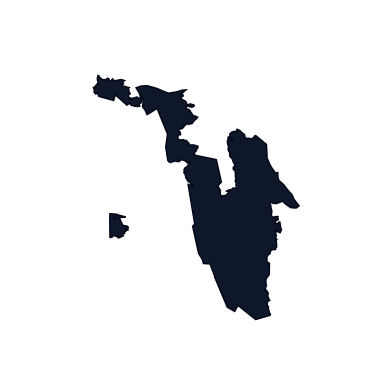 the district of Silacayoápam, Oaxaca, Mexico, rotated 337°
{"feature_id": "50627088B16315495781471", "entity_name": "Silacayoápam", "entity_type": "district", "adm_level": 2, "iso_a3": "MEX", "parent_name": "Mexico", "parent_adm1": "Oaxaca", "projection": "natural_earth1", "projection_center": [-98.148, 17.589], "detail": "fine", "context": "isolated", "style": "filled", "palette": "ink", "viewbox_px": 384, "rotation_deg": 337, "n_neighbors": 0, "source": "geoboundaries", "source_scale": "gbopen_adm2", "svg_char_len": 6072}
<svg xmlns="http://www.w3.org/2000/svg" viewBox="0 0 384 384"><g transform="rotate(337 192 192)"><path d="M179.6,279.3L179.5,311.8L184.6,318.6L190.0,314.3L200.7,334.2L215.7,336.0L216.0,335.7L215.8,335.4L216.5,334.7L216.0,333.8L216.7,329.8L216.5,328.9L217.5,327.7L217.2,327.1L217.2,326.3L216.9,326.0L217.6,324.3L217.4,324.1L217.5,323.9L217.0,323.8L217.0,323.5L217.7,323.4L217.8,323.0L218.7,322.9L218.9,322.3L221.2,322.0L220.9,321.6L220.9,320.1L221.2,319.7L220.6,317.9L220.8,317.5L221.3,317.4L221.3,316.5L222.2,315.7L222.7,314.5L222.2,313.2L222.3,312.2L222.0,311.8L221.7,311.9L220.9,311.2L221.4,311.0L221.3,310.7L221.8,310.2L221.8,309.6L222.3,309.1L222.8,308.1L223.8,307.5L224.1,306.7L223.8,305.1L224.4,305.1L225.7,301.6L226.5,300.7L230.8,298.2L235.4,288.0L233.3,284.6L234.4,284.0L235.5,281.2L237.6,279.5L239.4,279.4L242.2,276.3L242.6,276.2L243.4,276.7L245.0,276.9L246.3,277.6L246.8,276.7L248.6,275.4L250.9,268.7L251.5,268.7L251.0,267.2L251.4,266.7L251.3,266.1L252.5,265.3L252.6,264.4L252.3,264.4L252.2,263.6L253.2,262.8L253.4,261.2L253.0,260.2L254.5,261.1L257.2,263.9L259.5,261.9L259.8,259.1L261.1,253.9L260.4,253.8L259.8,254.3L259.3,253.9L258.6,254.4L257.6,254.2L256.5,253.2L256.8,252.1L257.7,251.3L258.4,251.4L259.7,250.6L260.1,251.3L260.5,251.2L260.9,250.1L260.1,248.7L261.6,248.4L261.6,248.2L259.2,247.2L257.9,247.2L256.3,246.4L256.0,244.6L256.4,243.3L257.2,242.4L258.1,240.6L258.5,237.4L259.2,235.6L259.3,232.8L261.0,232.7L262.4,234.4L263.9,234.8L265.0,235.6L271.8,235.9L273.7,240.2L276.7,244.9L281.5,247.4L285.2,246.6L283.0,238.6L283.1,233.9L280.8,227.2L279.3,221.2L276.6,215.5L276.6,212.8L278.5,207.6L276.2,207.0L274.8,200.4L274.4,196.7L274.4,192.0L274.1,190.7L275.7,186.7L279.1,177.2L272.9,165.3L272.7,165.5L272.1,164.9L271.6,164.9L269.9,166.0L267.4,166.4L265.1,164.6L264.4,164.3L263.8,164.5L262.1,162.8L262.0,162.2L262.6,161.1L262.6,159.4L260.5,155.6L260.2,154.2L258.1,151.9L257.8,152.4L255.3,153.5L254.3,152.7L252.2,152.4L249.4,153.4L249.7,154.2L248.4,155.4L249.0,156.5L248.9,157.2L249.4,158.4L249.7,160.5L249.5,161.3L248.9,159.7L248.2,158.8L247.7,158.6L247.4,157.7L247.3,156.4L246.9,155.7L246.1,156.4L245.9,157.5L244.4,159.0L243.6,161.7L243.4,164.2L242.4,166.3L241.8,166.7L242.0,171.0L241.0,172.9L240.9,174.9L241.7,176.4L242.0,177.6L241.7,180.9L242.2,184.8L240.7,184.9L240.6,185.6L239.7,185.4L239.0,186.6L239.0,187.5L239.3,187.3L239.7,187.5L239.9,189.4L238.8,193.2L238.2,193.9L237.6,196.9L236.1,198.8L236.0,199.7L236.2,200.2L236.0,201.6L235.4,202.2L234.7,205.0L233.9,205.7L231.8,204.5L231.3,204.4L229.2,205.2L228.0,204.9L227.6,204.5L226.0,204.7L224.3,204.5L224.1,204.6L226.0,205.8L226.4,206.6L224.3,207.1L221.4,208.7L221.0,208.1L219.3,207.6L218.1,207.4L217.1,208.0L217.4,204.4L217.8,203.6L217.8,202.7L218.7,202.1L218.5,199.0L218.2,198.0L218.4,196.7L218.7,196.2L222.9,194.3L227.0,171.7L208.5,158.9L209.2,158.4L209.2,157.3L210.1,156.8L210.5,155.9L211.9,155.9L212.4,155.2L212.4,154.8L213.6,154.3L214.5,153.6L215.2,152.7L215.2,152.1L211.8,149.3L209.8,148.4L208.9,148.3L208.0,147.7L208.2,145.5L207.3,144.0L207.0,142.3L205.3,141.7L204.5,140.4L203.5,140.3L201.1,139.2L199.6,137.7L200.6,135.9L200.1,135.0L200.8,134.9L201.0,134.6L201.4,134.7L202.7,134.1L203.7,134.8L204.0,134.4L204.5,131.9L203.4,130.6L203.4,129.6L204.0,129.4L208.1,129.7L209.1,129.0L210.2,128.8L210.4,128.2L209.9,127.3L212.0,128.0L212.9,127.1L214.5,127.5L215.6,128.6L216.5,128.4L218.9,129.1L219.5,128.3L220.5,128.1L222.5,126.9L225.1,126.2L226.4,125.3L225.5,124.7L224.8,123.4L223.9,123.1L222.9,121.9L221.7,115.7L221.4,114.8L220.9,114.7L219.9,113.6L219.6,112.2L220.2,111.0L221.4,111.1L222.2,111.5L222.9,112.4L225.3,114.0L227.4,113.8L227.8,113.2L227.8,112.7L225.4,110.7L224.4,110.1L222.7,110.2L221.9,109.9L221.5,108.9L221.8,107.8L221.3,105.6L219.9,104.1L218.9,102.5L218.8,100.9L219.3,100.2L221.0,100.4L221.5,100.0L221.6,99.1L221.2,98.5L220.3,98.2L219.9,97.8L226.3,95.6L222.6,94.4L216.7,93.8L209.1,91.9L205.5,88.6L200.1,82.9L192.5,76.8L186.7,74.6L181.3,74.2L182.4,82.6L181.6,83.0L181.8,84.4L181.5,85.0L179.8,85.3L178.5,83.1L173.9,82.6L172.9,83.4L172.5,83.2L172.4,82.7L172.8,82.0L170.7,80.4L170.9,79.3L171.4,77.7L173.5,77.4L173.1,74.9L173.7,73.6L173.7,72.2L173.9,71.8L175.1,71.4L174.7,71.0L173.8,70.9L172.6,69.3L170.0,67.8L169.0,65.9L171.2,65.7L171.4,63.9L171.8,63.1L172.3,62.9L173.1,63.2L173.5,63.1L170.5,60.7L164.3,59.5L162.9,56.8L161.9,57.7L159.7,57.8L159.3,57.3L159.2,56.6L159.8,55.9L159.2,54.7L158.7,54.3L156.6,54.8L155.1,54.4L153.6,53.6L151.6,50.1L151.7,48.7L151.0,48.0L149.6,49.8L148.8,51.6L148.1,56.3L147.3,55.3L144.6,56.6L144.5,57.3L142.1,57.2L141.9,59.2L142.3,59.6L142.3,60.4L141.1,61.0L141.3,61.8L140.9,62.6L141.6,64.1L143.8,64.2L143.9,64.9L143.4,67.1L143.8,67.7L155.6,77.1L159.4,72.6L166.0,86.6L168.8,86.1L169.7,86.5L169.7,88.1L172.9,90.8L173.9,91.1L174.1,90.9L175.1,91.3L175.0,92.1L176.2,92.0L177.3,92.6L177.9,90.4L180.3,89.8L181.3,86.7L182.8,86.1L182.2,90.2L179.8,94.1L180.8,98.3L180.9,103.2L192.1,101.5L192.5,102.3L192.1,129.1L185.4,140.3L182.1,153.5L182.5,155.2L183.4,155.6L183.6,156.5L184.3,156.3L186.2,156.7L188.8,156.7L189.4,157.7L192.3,159.0L193.4,158.6L194.0,157.9L195.5,158.6L196.1,159.2L196.9,159.3L197.7,160.4L197.9,161.2L198.5,161.4L199.0,163.4L199.2,163.7L200.6,164.2L202.0,163.6L201.6,165.3L201.1,165.7L200.5,165.0L199.7,166.2L198.4,165.7L198.0,165.9L197.6,166.7L196.4,167.1L195.3,166.8L194.9,167.4L193.5,168.1L193.2,169.3L192.1,170.9L192.7,172.2L192.3,173.6L192.7,174.5L192.1,175.4L191.9,176.9L192.3,178.0L192.3,180.0L193.0,181.4L193.6,182.0L194.2,184.3L195.3,185.3L195.5,186.4L194.7,186.8L191.4,183.5L182.0,222.5L179.2,223.8L174.1,251.2L175.2,258.3L174.6,262.3L180.5,265.2L180.0,279.3L179.6,279.3ZM106.5,183.0L98.8,201.6L99.2,202.0L100.9,202.3L102.1,201.4L102.7,201.5L105.8,203.8L105.9,204.9L106.5,205.5L107.9,205.7L111.7,205.4L111.2,204.5L112.4,203.6L113.9,203.6L113.8,202.5L115.9,202.2L116.4,200.8L118.0,202.0L118.2,200.8L119.1,200.5L119.6,199.6L118.7,197.8L115.3,195.8L115.0,187.5L115.2,187.2L121.4,189.2L115.2,184.4L114.4,183.3L113.1,182.6L112.4,185.1L111.0,186.8L110.2,185.9L111.8,181.9L108.0,179.9L106.5,183.0Z" fill="#0f172a" stroke="#020617" stroke-width="1.5"/></g></svg>